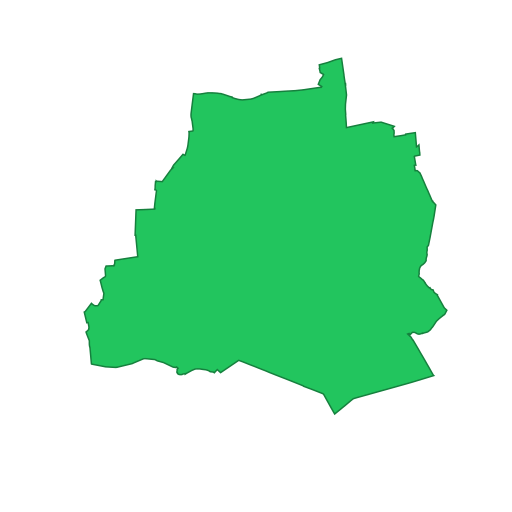 the district of Oldenzaal, Overijssel, Netherlands, rotated 345°
{"feature_id": "6326949B73980764078064", "entity_name": "Oldenzaal", "entity_type": "district", "adm_level": 2, "iso_a3": "NLD", "parent_name": "Netherlands", "parent_adm1": "Overijssel", "projection": "albers", "projection_center": [6.914, 52.308], "detail": "fine", "context": "isolated", "style": "filled", "palette": "green", "viewbox_px": 512, "rotation_deg": 345, "n_neighbors": 0, "source": "geoboundaries", "source_scale": "gbopen_adm2", "svg_char_len": 5944}
<svg xmlns="http://www.w3.org/2000/svg" viewBox="0 0 512 512"><g transform="rotate(345 256 256)"><path d="M396.7,417.5L396.5,417.2L396.2,416.2L395.0,411.6L394.3,408.8L393.2,404.7L392.0,400.1L390.8,395.7L389.9,392.5L388.8,388.3L385.9,377.8L385.7,377.8L385.4,376.9L384.7,374.4L383.9,373.3L384.0,373.2L383.2,372.1L382.3,370.6L383.9,370.4L384.4,371.3L384.8,371.7L387.4,370.2L389.3,370.8L390.1,371.3L390.8,372.1L391.7,372.9L392.7,373.5L393.9,373.8L395.1,373.8L396.7,373.6L396.7,373.9L398.1,373.8L401.6,373.8L402.7,373.6L404.4,372.8L405.2,372.5L407.7,370.5L407.9,370.5L409.1,369.5L412.8,366.2L413.7,365.5L416.9,363.8L418.5,363.1L420.1,362.4L421.1,362.0L421.1,361.8L421.6,361.7L422.5,361.5L422.9,361.3L423.6,360.8L424.1,360.2L426.3,357.8L424.6,355.1L424.3,354.3L420.9,340.7L421.2,340.4L420.6,339.7L419.6,338.7L418.5,336.9L418.3,334.6L416.9,333.9L416.5,333.5L416.3,333.1L415.8,331.6L415.2,331.7L414.9,331.3L413.6,329.1L412.8,327.2L412.5,326.2L412.5,325.8L412.2,325.7L412.1,324.8L411.4,322.8L411.1,322.3L410.7,322.0L409.9,320.8L409.1,319.6L408.7,319.2L408.4,318.8L408.0,318.1L407.8,317.8L408.2,316.9L408.8,315.9L409.1,315.2L409.2,314.3L410.0,311.9L410.5,311.0L410.9,310.1L411.4,309.5L412.0,308.9L413.1,308.0L414.7,307.5L415.4,307.2L417.1,306.3L417.6,305.9L419.0,304.7L419.3,304.0L419.4,303.3L419.9,302.1L421.2,300.0L421.7,298.8L421.6,298.3L421.8,297.7L421.9,296.7L422.9,294.6L423.6,291.6L425.3,290.4L428.9,283.2L429.8,281.3L435.6,269.1L437.0,266.4L438.4,263.4L442.9,253.2L442.0,251.4L441.7,250.8L441.2,250.0L440.9,249.5L440.6,249.2L440.9,248.9L440.6,248.7L440.5,248.1L440.3,247.6L439.7,243.3L439.5,241.8L439.2,240.1L438.8,237.1L438.5,235.7L438.0,232.5L437.3,227.5L436.8,224.4L436.5,221.9L435.9,218.6L435.9,218.3L435.6,217.9L434.2,215.8L434.0,215.5L433.8,215.3L433.6,215.2L431.8,214.8L431.9,214.0L431.8,213.7L432.0,213.6L432.4,209.7L432.4,209.4L433.3,209.4L433.9,209.6L434.0,208.0L434.7,200.8L435.3,200.6L440.4,200.9L440.9,198.5L441.0,197.3L442.1,190.9L440.9,191.6L439.9,191.9L439.3,192.1L441.8,178.1L436.7,177.5L432.1,177.0L431.9,177.7L427.2,177.3L420.3,176.5L420.4,175.4L420.6,174.4L421.0,173.6L421.3,172.8L421.5,171.7L421.8,170.7L421.3,168.9L421.1,168.3L420.8,168.4L420.6,167.8L422.0,167.2L422.9,166.8L423.2,166.6L421.7,165.6L411.5,159.1L403.3,157.8L404.1,156.8L376.6,155.4L377.6,150.6L379.0,143.2L379.3,142.5L380.3,137.3L381.7,132.6L382.5,130.5L385.1,123.9L386.5,114.4L386.8,114.3L387.1,112.7L386.6,112.7L386.9,111.3L387.2,108.5L387.6,105.1L387.6,104.8L387.8,104.1L387.9,103.2L389.8,87.2L383.5,87.0L375.2,87.7L373.4,87.7L366.6,87.7L366.2,90.9L366.0,91.2L365.7,91.2L365.6,95.0L365.5,95.4L366.0,95.8L366.4,96.4L366.8,96.5L367.0,97.0L367.3,97.3L367.7,97.4L368.1,98.2L368.2,98.3L366.4,100.3L363.6,102.3L360.6,106.3L363.4,109.3L362.7,110.0L361.4,109.7L359.8,109.5L350.5,108.4L346.0,107.9L343.1,107.5L338.8,106.8L336.9,106.5L329.7,105.0L328.8,104.8L325.9,104.2L322.3,103.5L310.4,101.0L310.1,101.0L309.7,101.0L309.4,101.0L308.9,101.2L308.6,101.4L307.5,101.4L305.1,101.6L303.2,101.8L302.9,101.3L302.7,101.6L302.5,101.8L301.8,102.0L300.7,102.2L298.7,102.5L295.9,102.9L294.3,103.1L292.5,103.1L291.5,103.1L283.2,101.7L282.4,101.4L280.6,100.7L279.5,100.2L278.4,99.6L277.4,99.0L276.3,98.4L274.0,96.8L274.1,96.3L273.7,96.1L272.7,95.5L271.5,95.0L271.5,94.8L265.9,91.1L264.8,90.5L264.5,90.3L264.3,90.1L262.8,89.6L260.7,88.7L257.2,87.5L254.1,86.6L251.9,86.0L249.7,85.7L247.6,85.5L246.5,85.4L244.0,85.1L241.6,84.6L240.9,84.4L238.9,83.4L237.7,83.0L233.3,93.8L230.2,101.5L229.8,102.7L229.5,103.9L229.3,105.1L229.3,106.6L229.2,108.9L229.2,109.5L228.8,112.1L228.2,116.7L227.7,118.6L227.5,118.8L227.4,118.8L227.2,118.9L223.4,118.4L223.3,119.1L223.4,119.3L222.5,122.2L222.1,123.5L221.6,124.8L219.6,129.7L219.0,131.2L218.3,132.7L217.4,134.4L213.7,140.2L213.6,140.3L213.4,140.4L211.8,138.9L205.3,143.3L200.2,146.7L200.0,146.8L197.6,149.3L198.4,149.5L195.8,150.9L186.8,158.2L184.7,159.9L179.1,157.9L179.0,157.7L178.7,158.4L178.2,158.2L176.7,162.3L176.5,163.2L175.9,164.9L175.5,165.8L176.1,166.0L176.8,167.1L172.0,178.8L170.1,183.8L170.6,183.9L170.3,184.5L159.0,182.0L152.1,180.4L144.6,204.6L145.2,204.7L141.6,226.1L137.3,225.6L118.7,223.6L118.5,223.8L117.6,226.6L117.4,226.9L117.2,227.3L116.3,228.2L116.6,228.4L116.2,228.8L115.2,228.4L108.6,226.9L107.9,227.9L107.1,228.9L106.8,229.5L105.6,236.0L105.2,236.8L104.6,237.1L103.0,237.5L99.2,239.1L99.2,241.1L99.1,246.3L99.2,250.3L99.4,252.7L97.0,258.4L97.0,258.6L96.4,258.6L95.2,258.3L94.9,259.0L90.8,262.8L90.7,262.9L90.4,262.9L89.9,263.0L88.8,262.7L87.9,262.5L87.4,262.2L87.0,262.0L86.7,261.7L85.4,260.1L84.8,259.1L77.1,265.1L76.5,265.5L76.1,265.6L75.6,265.7L75.3,276.7L76.6,276.8L76.3,280.8L76.2,281.7L75.3,283.7L74.4,284.3L73.5,284.8L72.2,285.4L72.3,286.5L72.2,286.5L72.6,290.4L73.1,294.7L72.4,297.3L72.1,298.6L71.9,300.0L71.9,301.2L71.9,301.6L70.6,309.1L69.1,317.6L69.3,317.9L82.0,324.1L91.9,327.4L92.1,327.3L92.7,327.4L92.8,327.5L108.6,327.9L110.2,327.6L120.3,326.2L121.3,326.2L122.5,326.5L124.5,327.2L131.6,329.9L133.5,331.7L139.1,335.0L147.2,341.9L149.3,342.8L149.3,342.7L149.5,342.8L150.0,342.8L150.6,342.6L151.7,344.3L150.5,345.0L150.3,345.9L149.8,347.0L149.6,347.5L149.5,347.9L149.6,348.3L149.9,348.4L149.9,348.7L149.8,349.2L150.0,349.5L150.3,350.0L150.6,350.1L151.0,350.5L152.1,351.0L152.8,351.1L153.7,351.4L154.1,351.2L154.7,351.1L157.2,351.3L157.1,351.8L158.7,351.3L164.4,349.9L165.9,349.7L167.2,349.5L168.6,349.5L169.4,349.7L171.0,350.1L172.4,350.5L175.1,351.7L178.1,352.9L179.4,353.7L180.7,354.6L181.8,355.9L184.8,357.1L185.5,358.0L189.2,355.7L191.6,359.5L212.3,352.3L216.0,354.9L222.4,359.7L225.6,362.0L232.0,366.8L234.2,368.4L234.9,368.9L237.1,370.6L239.0,372.1L242.8,374.9L244.1,375.9L245.9,377.2L250.8,380.8L252.6,382.1L263.6,390.3L266.4,392.4L268.2,393.8L268.2,394.1L275.9,399.6L284.7,406.1L285.5,407.0L289.4,422.6L291.1,429.0L304.6,422.9L310.3,420.2L312.4,419.3L313.3,419.0L317.5,418.9L337.8,418.7L357.2,418.5L373.1,418.3L385.5,417.9L396.7,417.5Z" fill="#22c55e" stroke="#15803d" stroke-width="1.5"/></g></svg>